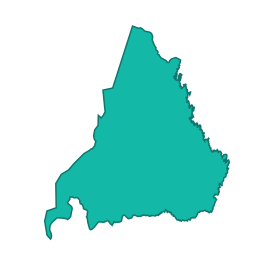 the district of Mateiros, Tocantins, Brazil, rotated 172°
{"feature_id": "56859067B75017008112328", "entity_name": "Mateiros", "entity_type": "district", "adm_level": 2, "iso_a3": "BRA", "parent_name": "Brazil", "parent_adm1": "Tocantins", "projection": "equal_earth", "projection_center": [-46.657, -10.707], "detail": "fine", "context": "isolated", "style": "filled", "palette": "teal", "viewbox_px": 256, "rotation_deg": 172, "n_neighbors": 0, "source": "geoboundaries", "source_scale": "gbopen_adm2", "svg_char_len": 5543}
<svg xmlns="http://www.w3.org/2000/svg" viewBox="0 0 256 256"><g transform="rotate(172 128 128)"><path d="M90.1,205.3L91.8,212.0L91.0,214.3L90.9,215.7L91.1,216.8L92.1,219.0L93.5,220.0L97.8,221.5L100.2,224.4L101.6,225.5L103.6,225.2L109.3,228.3L137.6,169.7L147.5,169.0L148.4,146.9L150.0,145.2L150.1,144.5L153.1,141.7L155.6,144.6L157.3,134.6L161.2,130.8L163.1,125.1L162.9,121.5L161.7,119.5L163.4,115.1L166.2,112.4L167.7,112.3L168.8,111.4L175.1,108.8L186.6,100.1L192.7,94.7L200.5,91.4L207.2,83.1L210.2,59.0L219.8,57.1L223.4,47.5L223.1,33.1L220.2,28.8L219.3,29.9L218.7,31.8L218.8,34.1L219.8,38.1L218.9,41.8L217.5,44.0L215.2,45.9L210.7,49.0L204.6,47.7L201.0,46.4L200.5,45.8L198.9,46.7L197.1,48.4L195.4,53.6L194.7,55.2L194.5,57.1L195.3,58.6L198.3,62.1L198.1,62.7L195.6,65.5L195.2,67.6L192.2,67.4L191.6,66.7L190.6,66.2L188.6,66.3L187.1,65.4L185.7,62.9L186.2,61.4L185.7,60.4L185.7,59.5L184.8,59.3L183.6,57.8L183.2,55.2L183.3,54.2L180.2,52.4L179.5,50.7L180.3,49.1L180.6,46.8L181.5,45.8L180.9,44.1L180.9,40.2L180.1,33.6L179.5,32.7L179.1,32.5L178.1,32.6L175.5,34.2L170.9,38.6L169.5,39.1L165.1,38.0L161.3,39.2L160.3,38.5L158.8,35.6L157.2,33.8L154.9,37.3L154.0,36.1L153.0,36.4L150.3,36.0L147.9,36.4L147.0,37.8L146.2,40.6L145.4,41.8L144.0,42.2L143.1,41.7L140.7,38.5L139.9,38.1L136.9,38.5L135.0,40.8L133.8,41.0L130.5,39.0L128.6,39.1L127.3,38.8L125.2,39.8L124.7,39.4L124.1,39.6L122.6,38.7L120.8,38.9L119.1,37.6L117.4,37.7L117.3,38.2L113.0,37.1L112.2,37.8L111.5,37.4L110.3,38.1L110.0,37.5L109.5,38.1L109.0,37.9L108.1,38.6L108.1,39.3L107.4,39.5L106.6,39.1L106.2,39.9L104.5,40.3L103.8,40.2L103.4,39.6L102.4,41.2L102.3,41.9L101.1,40.9L101.0,39.3L100.6,39.0L100.2,40.0L98.9,39.2L98.7,38.7L98.2,38.9L97.3,38.5L97.1,38.0L97.5,37.9L96.7,36.0L95.6,36.1L95.6,34.7L95.2,34.3L94.3,34.5L92.4,30.3L90.9,30.3L90.9,29.7L90.1,29.5L89.6,29.0L89.1,29.4L88.9,28.9L88.0,28.3L86.9,29.4L85.0,28.2L83.4,28.5L82.1,27.7L81.7,28.4L80.5,29.2L79.7,28.9L79.4,28.2L78.4,29.4L78.3,30.1L76.5,30.4L76.2,29.9L74.3,29.7L73.7,30.4L72.7,30.9L71.9,32.3L71.3,32.7L71.2,33.7L70.2,34.6L69.7,34.4L68.8,34.7L68.4,35.5L67.7,35.3L66.9,35.6L65.2,35.2L63.9,35.7L62.8,35.6L62.2,34.6L60.8,34.3L60.6,33.9L59.5,33.4L59.4,32.8L58.9,32.9L57.9,33.9L57.1,33.1L56.5,33.5L56.3,34.6L55.5,35.2L55.2,35.9L54.8,37.9L53.5,39.3L52.4,41.9L50.3,45.0L50.9,45.4L51.1,46.5L51.7,47.0L52.7,47.1L52.8,47.8L52.6,48.8L51.3,49.3L51.2,50.2L49.9,50.0L48.5,49.1L47.8,49.6L47.4,50.2L47.5,51.6L46.8,51.6L46.5,52.2L47.1,55.3L46.6,55.2L46.9,56.1L45.0,56.5L45.7,59.2L45.2,60.5L44.7,60.5L43.5,58.0L43.1,57.9L42.7,58.4L42.8,59.5L42.1,61.5L40.8,62.5L40.8,63.2L39.7,65.6L38.2,66.0L37.8,66.5L37.3,68.1L37.5,69.1L36.2,69.4L35.7,70.1L35.4,72.2L34.1,74.0L34.5,74.3L35.5,73.7L35.8,74.3L35.1,75.1L35.0,76.5L33.9,77.3L33.5,78.6L32.9,79.0L32.6,79.8L32.6,81.4L32.9,82.3L34.1,81.9L35.5,80.3L36.3,80.1L36.0,81.3L37.9,81.8L37.3,83.5L36.7,83.5L36.0,82.6L35.0,82.8L34.0,86.5L33.9,87.4L34.3,88.1L36.6,88.3L37.6,87.4L38.8,85.6L38.7,87.2L39.4,87.4L39.7,88.3L38.8,89.9L39.8,92.1L41.1,92.2L41.5,91.4L41.9,91.3L42.5,94.1L43.0,93.7L43.1,93.2L43.5,93.4L44.2,92.8L44.6,92.9L45.4,93.9L46.7,94.0L46.5,92.9L47.2,93.2L47.7,92.4L48.5,93.2L49.1,95.0L48.6,96.5L49.6,97.0L49.7,99.1L50.5,100.0L50.1,100.5L50.0,101.4L50.4,102.2L50.0,103.2L50.5,104.1L50.2,105.1L49.4,106.2L49.7,106.7L50.7,105.5L51.3,105.7L51.6,105.3L52.9,106.0L53.8,105.5L53.9,104.4L55.0,106.4L54.0,108.2L53.7,109.2L53.9,109.9L54.7,109.3L55.0,109.8L53.2,112.3L53.6,112.8L54.6,111.6L55.2,112.6L54.9,114.2L55.1,115.8L55.5,116.1L56.6,115.9L57.0,116.5L56.5,116.8L56.6,118.2L56.0,117.8L55.7,119.8L56.0,120.7L56.7,120.9L56.8,120.1L57.5,120.2L59.2,119.2L59.4,120.4L58.7,121.2L58.5,122.4L58.8,123.1L59.3,123.2L59.6,121.8L61.0,123.1L61.0,122.0L61.6,122.1L62.1,121.4L62.4,121.9L62.2,122.8L62.4,123.7L62.0,124.6L62.3,125.3L63.0,124.6L63.1,125.7L63.5,126.0L63.7,125.1L64.3,124.7L64.8,126.3L64.7,127.3L65.8,128.6L65.8,129.3L65.0,129.9L64.1,128.6L63.7,129.8L63.3,130.2L62.8,129.4L62.5,130.1L61.7,129.8L62.1,132.3L62.8,132.1L62.9,132.8L62.3,134.1L62.4,135.3L62.0,136.4L61.3,135.7L60.4,136.4L60.2,137.5L59.6,138.5L59.6,139.3L60.4,139.3L61.4,137.4L61.9,137.5L62.0,138.1L61.1,138.9L61.0,139.6L61.1,141.8L61.3,141.3L61.6,141.9L62.8,140.7L63.2,141.2L63.9,139.2L64.4,139.2L64.7,140.9L63.8,142.4L64.3,146.2L65.7,145.1L66.1,145.2L65.7,146.5L66.3,149.9L65.9,150.2L65.4,149.1L65.3,149.9L64.8,150.0L64.5,151.8L64.2,151.9L64.3,153.2L62.5,153.6L62.2,152.3L61.3,154.1L61.1,154.9L63.1,154.4L64.3,154.8L64.6,155.5L63.9,156.4L64.0,157.4L64.4,157.2L64.8,157.5L64.6,158.6L64.9,162.0L64.6,163.1L65.0,163.4L65.6,162.5L66.4,163.2L66.9,163.1L66.8,162.3L66.3,161.5L68.6,160.4L69.2,159.5L69.8,159.9L69.4,161.0L69.6,161.8L70.8,161.9L70.1,163.4L70.4,164.1L70.0,164.7L70.8,166.6L70.9,167.5L70.4,167.9L70.4,168.6L70.0,169.0L69.5,168.2L69.1,169.5L68.5,170.3L68.5,171.4L69.1,171.1L69.1,172.3L68.6,172.8L67.8,172.5L67.3,173.2L68.6,174.5L69.1,174.5L69.3,173.6L69.8,173.6L70.5,172.5L70.4,171.7L70.8,170.9L70.7,170.0L72.7,168.2L74.2,169.3L73.0,170.5L73.4,170.9L74.1,170.5L75.1,170.7L75.0,171.5L75.5,172.3L74.7,173.1L73.8,172.2L73.8,172.8L73.3,173.0L72.4,172.3L72.3,172.8L73.0,173.6L73.4,174.8L73.2,175.4L72.7,175.1L72.1,174.3L71.9,174.9L72.0,176.5L71.8,177.0L71.1,177.3L71.0,177.9L71.2,179.7L70.7,179.9L69.9,179.3L68.8,180.8L69.2,182.3L68.2,182.7L68.6,183.6L67.2,185.6L66.6,188.1L70.8,191.1L74.6,190.5L76.0,189.9L77.3,188.8L78.0,187.6L79.2,187.1L79.8,187.5L80.9,189.5L85.2,192.5L86.0,193.5L87.2,196.3L87.9,196.5L88.3,196.9L88.3,197.5L87.7,199.1L88.1,200.1L89.1,201.1L89.6,202.9L89.1,203.7L90.1,205.3Z" fill="#14b8a6" stroke="#0f766e" stroke-width="1.5"/></g></svg>